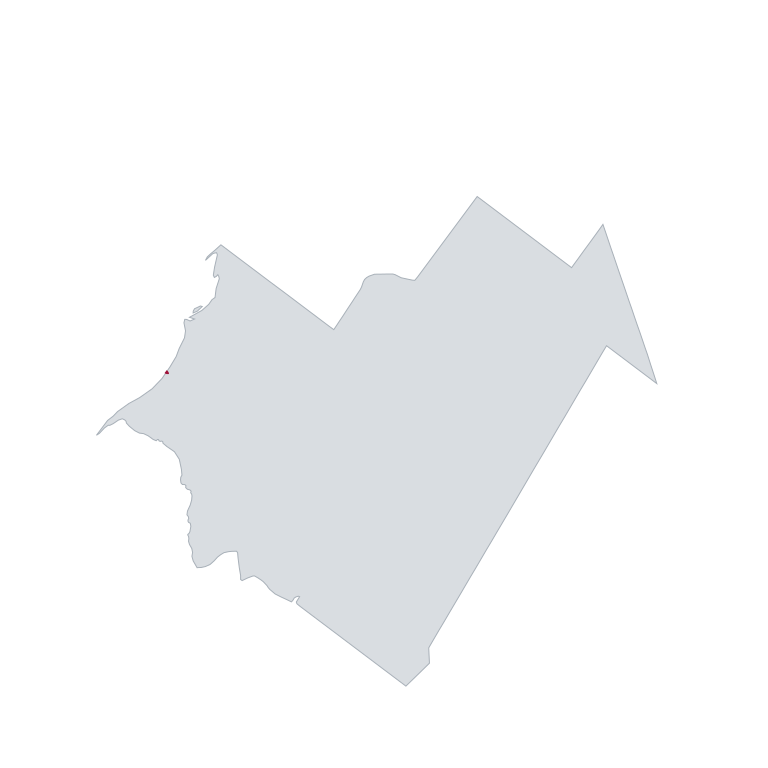 location of Sebkha, Nouakchott, Mauritania, rotated 37°
{"feature_id": "47542326B41815213489591", "entity_name": "Sebkha", "entity_type": "district", "adm_level": 2, "iso_a3": "MRT", "parent_name": "Mauritania", "parent_adm1": "Nouakchott", "projection": "robinson", "projection_center": [-16.0, 18.075], "detail": "fine", "context": "in_parent", "style": "filled", "palette": "rose", "viewbox_px": 768, "rotation_deg": 37, "n_neighbors": 0, "source": "geoboundaries", "source_scale": "gbopen_adm2", "svg_char_len": 3581}
<svg xmlns="http://www.w3.org/2000/svg" viewBox="0 0 768 768"><g transform="rotate(37 384 384)"><path d="M339.0,640.5L338.2,640.2L334.3,637.2L332.5,633.7L329.4,631.0L325.2,629.2L322.5,627.2L321.2,624.9L319.7,623.4L318.0,622.6L317.9,621.8L318.2,620.7L317.8,618.6L315.4,613.9L313.1,611.8L311.1,612.1L310.0,611.5L309.3,610.5L309.0,609.0L307.7,607.7L305.4,607.1L303.5,603.7L302.1,597.3L300.2,592.4L298.0,588.9L296.4,587.5L295.2,587.3L294.8,586.7L294.5,585.7L292.7,585.4L290.3,586.4L288.0,586.1L286.9,584.3L285.4,584.2L283.5,585.6L281.4,585.2L279.1,582.9L277.8,580.7L277.5,578.4L273.5,574.0L265.8,567.3L257.4,564.2L248.2,564.6L243.1,564.3L242.0,563.2L240.9,563.3L239.8,564.5L238.6,564.8L237.3,564.1L236.5,564.6L236.2,566.4L233.0,567.2L226.9,567.3L221.9,568.3L218.2,570.4L212.9,571.3L206.0,571.0L201.8,570.2L200.4,569.0L198.4,568.7L195.9,569.3L193.6,572.7L191.6,578.6L189.9,582.0L188.6,582.9L187.2,587.3L186.4,594.7L185.2,598.0L185.2,579.4L187.1,572.5L187.8,566.4L192.0,553.0L197.0,542.0L201.7,527.4L203.4,513.3L202.8,499.4L201.5,487.1L199.1,479.0L196.9,467.2L193.5,461.0L187.4,455.5L186.0,452.3L187.5,451.2L191.2,450.4L193.6,446.1L188.5,447.8L194.3,434.8L196.1,425.9L195.9,420.1L197.0,416.6L192.5,408.8L189.1,399.0L187.3,397.5L185.5,396.7L185.3,398.9L184.4,401.0L182.2,399.8L178.4,392.7L173.2,381.1L171.3,379.9L169.8,381.5L168.8,383.0L167.0,392.7L166.4,388.8L167.2,384.3L168.5,378.8L170.0,371.0L174.6,371.0L182.8,371.0L199.2,371.0L207.4,371.0L223.8,371.0L232.0,371.0L248.4,370.9L256.6,370.9L273.0,370.9L281.2,370.9L297.6,370.9L305.8,370.9L311.2,370.8L310.9,365.4L310.6,361.0L310.3,355.1L309.9,349.3L309.5,343.5L309.2,338.0L308.8,332.6L308.5,327.5L308.2,322.8L307.7,320.1L306.0,314.8L305.6,312.2L306.1,309.4L307.2,306.8L310.4,302.0L315.2,298.3L320.7,294.0L325.0,290.8L327.1,290.0L333.8,288.8L339.0,286.4L344.1,284.0L346.2,282.7L346.4,278.2L345.6,178.2L370.8,178.2L377.4,178.2L423.6,178.2L430.2,178.2L463.8,178.2L463.7,173.5L463.6,166.7L463.4,157.4L463.3,148.1L463.0,131.7L462.8,124.8L469.6,129.4L483.0,138.6L489.7,143.1L503.2,152.3L516.7,161.4L530.2,170.6L537.0,175.1L543.7,179.7L550.5,184.3L557.3,188.8L570.8,198.0L576.5,201.8L585.2,208.0L593.4,213.7L601.6,219.5L589.1,219.5L572.5,219.5L561.2,219.5L549.6,219.5L538.7,219.5L539.7,229.0L540.9,239.2L542.1,249.5L543.3,259.8L544.4,270.1L548.0,300.9L549.1,311.2L550.3,321.5L551.5,331.7L552.7,342.0L555.0,362.6L556.2,372.8L557.4,383.1L558.6,393.4L559.8,403.7L561.0,414.0L563.3,434.5L564.5,444.8L565.6,455.1L566.8,465.3L568.0,475.6L569.1,485.9L570.3,496.2L571.5,506.5L573.8,527.0L575.0,537.3L576.1,547.6L577.3,557.8L578.5,567.8L582.8,573.0L588.3,579.6L586.9,588.9L585.2,600.0L583.3,612.1L568.3,612.1L553.6,612.1L516.7,612.1L509.4,612.1L472.5,612.1L465.2,612.1L450.9,612.1L446.7,611.9L445.2,610.9L444.6,604.6L443.3,605.0L441.9,606.9L441.1,608.9L441.4,611.5L441.2,613.7L436.5,614.6L430.1,616.0L423.4,617.2L416.6,616.8L414.2,616.3L411.8,615.4L406.4,614.5L403.4,614.5L400.0,614.7L396.1,615.2L394.8,616.3L391.8,621.0L389.0,626.4L387.1,626.4L384.9,623.4L379.0,617.8L371.9,610.5L368.6,606.8L366.9,606.3L363.5,608.9L360.7,611.5L357.7,615.0L356.3,618.5L355.2,622.5L354.8,627.3L353.7,632.8L351.2,637.3L348.3,640.7L346.2,642.3L345.3,643.2L339.0,640.5ZM191.1,438.1L188.8,442.1L187.8,440.6L187.4,437.9L189.4,434.2L190.4,432.2L192.2,431.5L191.1,438.1Z" fill="#d9dde1" stroke="#a8b0b8" stroke-width="1"/><path d="M205.2,505.4L205.0,505.2L204.9,505.1L204.7,505.2L204.4,505.1L204.2,504.9L203.8,504.6L203.7,504.6L202.9,504.5L202.9,506.5L203.6,506.4L204.1,506.2L204.8,505.7L205.0,505.6L205.2,505.4Z" fill="#f43f5e" stroke="#9f1239" stroke-width="1.5"/></g></svg>